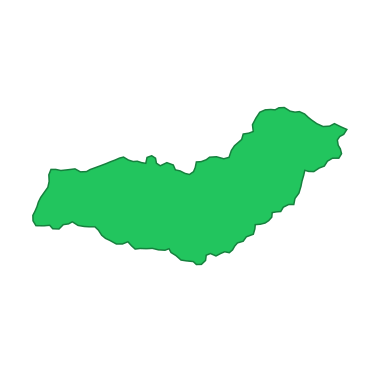 the district of Alfredo Vasconcelos, Minas Gerais, Brazil, rotated 353°
{"feature_id": "56859067B6274472295952", "entity_name": "Alfredo Vasconcelos", "entity_type": "district", "adm_level": 2, "iso_a3": "BRA", "parent_name": "Brazil", "parent_adm1": "Minas Gerais", "projection": "orthographic", "projection_center": [-43.711, -21.14], "detail": "fine", "context": "isolated", "style": "filled", "palette": "green", "viewbox_px": 384, "rotation_deg": 353, "n_neighbors": 0, "source": "geoboundaries", "source_scale": "gbopen_adm2", "svg_char_len": 2010}
<svg xmlns="http://www.w3.org/2000/svg" viewBox="0 0 384 384"><g transform="rotate(353 192 192)"><path d="M308.4,125.3L304.0,125.3L299.2,123.7L293.9,119.4L288.5,119.0L284.5,120.6L280.3,119.7L274.7,119.4L269.0,121.1L264.4,126.5L260.2,132.6L260.2,139.4L255.6,140.5L249.9,140.7L247.7,145.9L243.5,148.8L239.8,151.3L236.1,155.6L233.0,162.1L227.6,162.9L220.6,160.0L213.7,159.6L210.1,161.7L204.8,163.0L200.0,162.7L198.2,168.1L196.0,172.0L191.6,174.3L187.3,172.7L182.7,169.6L178.2,168.0L176.7,162.9L170.6,159.8L163.7,162.1L160.2,159.1L159.9,154.0L156.4,151.1L151.6,152.2L149.6,157.9L145.5,156.7L141.5,154.8L137.3,154.6L132.7,152.5L128.3,149.0L124.2,149.5L119.6,150.9L114.6,152.1L110.4,153.3L104.3,154.8L97.9,156.3L93.6,157.3L89.8,158.9L83.7,158.4L78.7,154.8L70.8,154.8L64.4,154.7L59.6,153.0L54.8,152.4L52.0,157.5L51.5,164.1L49.5,169.8L45.1,174.6L41.2,178.9L38.3,183.3L36.4,187.6L33.8,192.0L31.2,195.8L30.7,201.2L33.0,206.4L40.8,207.5L46.7,207.7L49.3,211.5L55.5,212.5L60.3,208.7L65.6,208.6L69.6,207.0L74.8,211.3L80.8,213.1L85.7,214.0L91.4,214.7L94.5,218.5L97.1,223.9L100.5,227.5L104.5,230.0L110.6,234.4L116.7,235.1L122.3,233.6L125.4,238.0L128.6,241.7L133.6,241.7L139.8,242.7L145.8,243.1L151.6,245.3L158.1,246.5L162.3,245.5L163.8,249.5L168.4,253.2L172.8,258.2L177.8,259.6L184.8,261.2L187.5,264.5L192.5,265.0L197.1,261.6L198.4,256.5L202.8,255.3L208.0,258.4L213.0,256.5L217.2,255.3L221.6,256.8L225.2,254.4L227.8,250.9L230.9,248.1L236.8,247.1L240.5,243.1L247.7,241.4L249.9,236.3L250.8,232.1L256.0,232.3L260.8,231.7L264.6,229.8L268.1,226.7L269.1,222.2L273.4,222.0L277.7,222.2L280.8,218.2L286.4,216.2L291.5,216.8L293.4,211.0L298.0,206.1L300.8,199.7L302.5,194.6L304.9,189.0L306.6,184.2L310.3,185.8L315.4,186.6L321.2,183.7L326.5,182.4L330.2,177.9L335.5,175.6L341.9,176.3L345.1,172.2L344.5,167.3L342.8,163.4L342.6,158.1L345.4,154.9L349.6,153.3L353.3,148.8L347.8,145.5L341.7,141.5L336.6,143.4L330.1,143.0L324.2,139.4L319.3,135.0L316.3,131.9L313.3,128.3L308.4,125.3Z" fill="#22c55e" stroke="#15803d" stroke-width="1.5"/></g></svg>